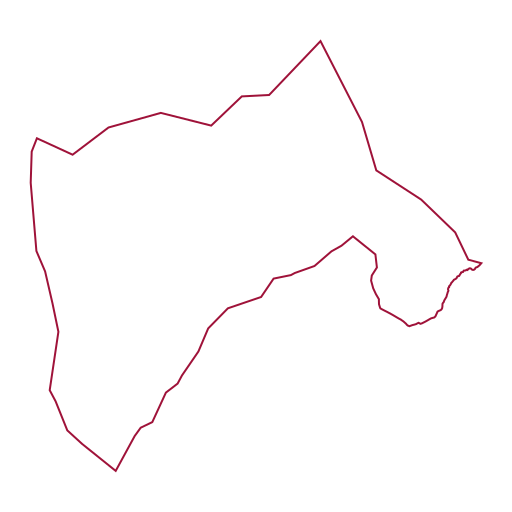 outline of Ceel, Töv, Mongolia
{"feature_id": "93677404B76235859844194", "entity_name": "Ceel", "entity_type": "district", "adm_level": 2, "iso_a3": "MNG", "parent_name": "Mongolia", "parent_adm1": "Töv", "projection": "mercator", "projection_center": [105.615, 48.405], "detail": "fine", "context": "isolated", "style": "outline", "palette": "rose", "viewbox_px": 512, "rotation_deg": 0, "n_neighbors": 0, "source": "geoboundaries", "source_scale": "gbopen_adm2", "svg_char_len": 2607}
<svg xmlns="http://www.w3.org/2000/svg" viewBox="0 0 512 512"><path d="M481.3,263.2L468.3,259.7L455.2,232.4L421.2,199.6L376.3,170.4L362.0,122.0L320.6,41.3L320.5,41.1L269.1,95.0L241.8,96.4L211.2,125.6L160.8,112.9L108.5,127.5L72.6,154.7L36.9,138.3L31.7,151.6L30.7,182.8L36.4,251.0L45.1,271.4L52.5,303.4L58.4,331.8L49.7,390.2L55.6,401.3L67.3,430.4L82.2,444.0L115.7,470.9L134.7,436.0L140.7,427.7L152.3,422.1L165.9,392.6L177.6,383.6L182.0,375.4L198.4,351.5L208.2,328.4L227.9,308.3L261.1,297.0L273.6,278.6L290.9,275.1L294.8,273.0L314.5,266.0L331.5,251.3L341.5,245.7L352.9,236.3L375.4,254.4L376.9,267.5L371.8,275.5L371.1,280.6L373.2,288.3L375.9,294.1L378.9,299.2L378.9,299.5L378.9,300.8L379.0,304.2L380.0,307.5L380.4,308.4L382.0,309.3L384.5,310.6L387.1,311.9L389.9,313.4L390.0,313.4L390.1,313.5L390.3,313.6L392.1,314.6L394.0,315.7L397.2,317.6L399.1,318.7L400.9,319.6L401.2,319.9L403.4,321.4L405.2,323.0L406.1,323.8L406.4,324.2L406.7,324.6L407.8,325.6L408.3,325.7L409.4,326.2L412.4,325.1L414.4,324.6L416.1,324.1L417.1,323.5L418.6,322.8L420.4,323.8L421.8,323.4L423.4,322.6L425.2,321.7L426.8,320.8L428.2,320.0L429.7,319.1L431.2,318.3L432.6,317.9L434.2,317.5L435.4,316.4L437.0,312.9L437.5,311.7L438.0,311.3L438.6,311.0L439.5,310.6L440.7,310.1L441.6,309.2L442.1,308.3L442.4,306.6L442.5,303.8L442.7,303.4L442.9,303.1L443.1,302.8L443.3,302.5L443.5,302.4L443.8,301.9L444.1,300.9L444.2,300.6L444.7,299.7L445.5,298.4L446.4,296.9L446.5,296.7L446.7,295.8L447.0,294.6L447.2,294.1L447.5,293.1L447.7,292.2L448.1,291.5L448.4,290.7L448.2,289.9L448.1,289.6L448.0,289.2L448.3,288.0L448.6,287.6L448.8,287.5L449.1,287.3L449.1,287.0L449.0,286.5L449.1,286.2L449.5,285.9L450.1,285.2L450.5,284.6L450.7,284.2L451.0,283.7L451.2,283.3L451.3,282.8L451.4,282.7L452.0,282.3L452.4,281.7L453.1,280.9L453.3,280.7L453.7,280.1L453.8,279.9L454.0,279.8L454.2,279.6L454.7,279.4L455.7,278.9L455.8,278.8L456.6,278.1L456.9,277.4L457.3,276.6L457.5,276.4L457.9,276.3L458.2,276.2L458.6,276.0L459.0,276.0L459.3,275.7L459.7,275.0L459.7,274.9L459.8,274.7L460.0,274.4L460.2,274.1L460.4,273.8L460.5,273.7L460.9,273.3L460.9,273.2L461.0,272.9L461.0,272.6L461.3,272.3L461.6,272.2L462.0,272.2L462.4,272.1L463.1,271.9L463.3,271.3L463.8,270.6L464.3,270.6L465.2,270.5L465.9,270.3L466.5,269.8L466.9,269.7L467.2,269.9L467.5,270.0L467.7,269.6L467.9,269.3L468.4,269.1L468.8,268.8L469.1,268.5L469.6,268.3L470.1,268.3L470.8,268.5L471.3,268.9L471.7,269.4L472.4,269.8L473.0,269.9L473.7,269.9L474.4,269.4L475.1,268.8L475.3,268.2L475.8,267.6L476.4,267.3L476.9,267.2L477.5,267.0L478.4,266.1L479.3,265.5L480.0,264.7L481.3,263.2Z" fill="none" stroke="#9f1239" stroke-width="2"/></svg>